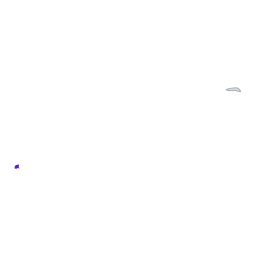 Matagi, Tuvalu shown in context, rotated 274°
{"feature_id": "33948139B17363749661168", "entity_name": "Matagi", "entity_type": "district", "adm_level": 2, "iso_a3": "TUV", "parent_name": "Tuvalu", "parent_adm1": "", "projection": "natural_earth1", "projection_center": [178.689, -7.484], "detail": "fine", "context": "in_parent", "style": "filled", "palette": "violet", "viewbox_px": 256, "rotation_deg": 274, "n_neighbors": 0, "source": "geoboundaries", "source_scale": "gbopen_adm2", "svg_char_len": 853}
<svg xmlns="http://www.w3.org/2000/svg" viewBox="0 0 256 256"><g transform="rotate(274 128 128)"><path d="M175.2,235.4L172.8,237.6L172.0,237.5L172.9,232.8L172.4,228.0L172.5,224.1L173.3,223.3L174.8,227.9L175.7,233.4L175.2,235.4Z" fill="#d9dde1" stroke="#a8b0b8" stroke-width="1"/><path d="M82.1,21.0L82.2,20.9L82.2,20.7L82.3,20.6L82.5,20.8L82.8,20.9L82.8,20.7L83.0,20.7L82.9,20.5L82.8,20.4L82.8,20.2L82.7,19.9L82.7,19.7L82.5,19.4L82.4,19.4L82.4,19.2L82.2,19.2L81.9,18.9L81.8,18.7L81.7,18.7L81.5,18.4L81.4,18.4L81.4,18.5L81.2,18.5L81.1,18.8L80.9,18.8L80.9,18.7L80.7,18.6L80.4,18.5L80.3,18.8L80.3,19.0L80.5,19.1L80.5,19.3L80.8,19.3L81.0,19.5L81.1,19.8L81.2,20.0L81.3,20.1L81.3,20.3L81.2,20.3L81.2,20.5L81.0,20.8L80.9,20.9L80.9,21.0L81.0,20.9L81.4,20.8L81.5,20.8L81.8,21.0L82.0,21.0L82.1,21.0Z" fill="#8b5cf6" stroke="#5b21b6" stroke-width="1.5"/></g></svg>